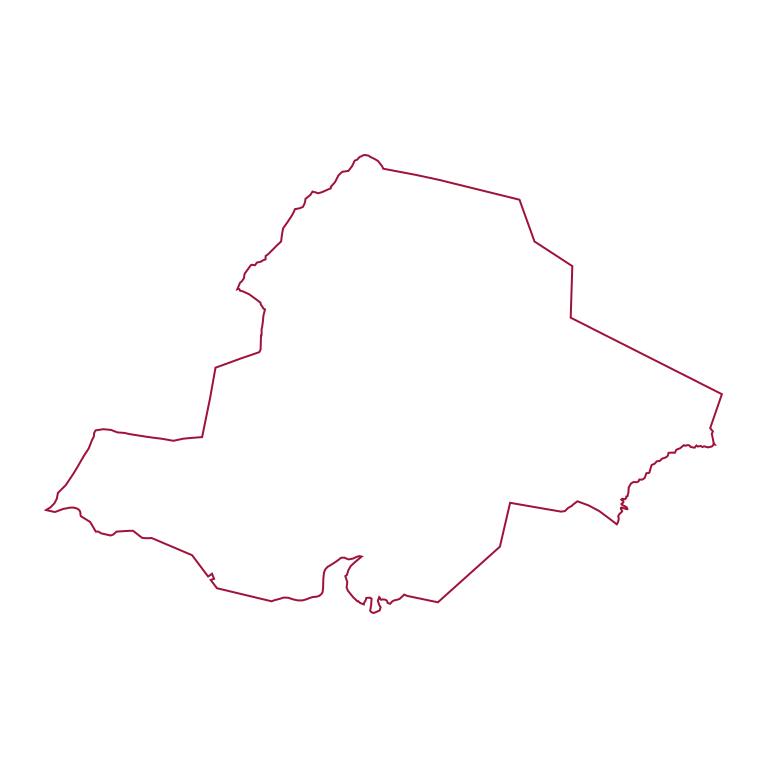 outline of Aporo, Michoacán, Mexico
{"feature_id": "50627088B9670136162302", "entity_name": "Aporo", "entity_type": "district", "adm_level": 2, "iso_a3": "MEX", "parent_name": "Mexico", "parent_adm1": "Michoacán", "projection": "mercator", "projection_center": [-100.39, 19.665], "detail": "fine", "context": "isolated", "style": "outline", "palette": "rose", "viewbox_px": 768, "rotation_deg": 0, "n_neighbors": 0, "source": "geoboundaries", "source_scale": "gbopen_adm2", "svg_char_len": 5856}
<svg xmlns="http://www.w3.org/2000/svg" viewBox="0 0 768 768"><path d="M616.8,524.3L617.7,522.7L617.9,522.4L618.6,519.9L618.6,519.4L618.7,517.9L618.2,516.4L618.9,514.7L620.0,513.5L620.7,512.8L621.5,512.2L622.0,511.5L622.2,511.1L621.6,509.9L621.1,509.2L620.9,508.9L620.9,507.9L621.0,507.8L621.1,507.7L621.4,507.5L621.7,507.6L622.9,508.0L624.7,508.5L626.4,509.1L627.1,509.2L627.3,509.2L627.3,508.5L626.9,507.8L626.8,507.6L625.3,506.4L624.7,506.2L622.9,505.3L621.9,504.7L621.4,504.0L621.5,503.9L621.9,503.6L622.6,503.1L623.0,502.8L623.4,502.2L623.4,501.6L623.4,501.4L622.8,500.8L621.8,500.1L621.5,499.8L621.3,499.6L621.6,499.3L621.7,499.1L622.9,498.8L624.1,499.2L624.5,499.1L625.2,499.1L625.7,498.6L625.9,498.5L626.0,497.7L626.4,496.5L627.1,496.5L627.4,496.2L627.6,496.0L627.7,495.1L628.3,493.2L628.4,492.0L628.8,487.2L631.1,483.4L633.1,482.3L633.7,482.0L635.7,482.2L636.8,482.2L638.6,481.3L638.7,481.1L639.3,479.5L641.8,479.7L642.3,479.5L643.4,478.9L644.6,478.0L644.7,477.9L646.2,473.8L646.4,473.2L648.8,473.0L649.0,472.8L649.4,472.5L651.4,465.7L651.6,465.1L653.0,464.4L653.3,464.3L653.4,464.2L654.0,464.0L654.5,463.8L655.4,462.9L656.4,461.7L656.5,461.7L657.0,461.2L657.9,461.2L659.4,461.0L659.6,460.9L660.4,460.4L660.5,460.3L661.0,459.6L661.3,459.3L661.4,459.2L662.2,458.6L662.6,458.5L663.3,458.3L664.2,458.0L665.3,457.6L665.9,457.3L667.0,456.6L667.7,455.8L668.1,454.8L668.3,454.0L668.3,453.8L668.4,453.1L668.6,452.9L668.8,452.8L670.7,452.7L671.7,452.6L673.3,452.7L674.8,452.8L676.2,450.1L676.5,449.7L677.0,449.5L677.9,449.0L678.0,449.0L680.1,448.3L680.5,447.9L682.1,446.6L683.4,445.5L683.8,445.2L684.0,445.2L684.2,445.3L684.5,445.4L685.1,445.8L686.1,445.6L687.3,445.1L688.2,445.1L688.6,445.2L689.1,445.4L690.5,446.5L690.6,447.0L694.6,447.7L694.9,447.3L696.4,445.5L697.8,446.5L699.1,446.3L700.9,446.0L702.4,447.0L702.9,446.8L704.1,446.3L708.0,447.4L711.4,446.6L711.8,446.5L712.5,445.8L713.2,445.2L713.5,444.3L713.5,444.2L713.7,444.3L714.7,444.5L713.7,443.1L713.6,442.6L711.8,433.7L712.9,431.5L710.2,428.1L721.2,396.2L721.9,394.2L700.7,383.5L696.1,381.1L677.6,371.8L673.3,369.6L636.7,351.1L592.4,328.7L590.9,327.9L570.7,317.7L572.3,266.1L569.8,264.5L563.4,260.3L561.5,259.1L560.7,258.6L560.5,258.4L553.1,253.6L534.5,241.5L532.8,236.9L532.4,235.6L527.6,222.3L524.1,212.7L523.8,211.8L519.5,199.7L517.8,199.3L493.5,193.3L459.5,184.9L458.2,184.6L439.6,180.0L415.9,174.9L383.2,168.7L382.1,166.2L380.6,164.3L378.1,161.1L374.7,159.0L369.8,156.6L368.7,155.7L366.2,155.2L364.8,155.0L363.1,155.3L362.1,155.9L360.9,156.5L359.7,156.9L358.2,158.5L357.3,159.6L356.4,159.9L354.6,160.8L352.1,166.1L348.4,170.9L342.3,171.8L340.4,173.4L338.4,175.5L335.1,182.0L332.7,184.7L331.0,186.6L330.8,188.3L327.5,189.7L321.9,192.2L318.0,193.3L316.0,192.5L312.5,191.6L310.3,195.0L305.5,198.8L305.3,200.6L304.4,204.0L302.9,206.9L301.4,207.5L299.9,208.2L297.3,208.7L294.9,209.2L294.8,209.4L293.9,211.7L291.9,215.5L287.8,221.7L283.2,228.2L282.8,230.0L282.0,234.4L281.1,241.5L276.4,245.9L274.9,247.5L267.9,254.4L265.6,256.0L265.6,259.3L263.3,260.2L260.8,261.7L256.9,262.6L255.0,265.2L251.5,264.8L251.3,264.8L250.8,265.3L249.0,267.7L244.8,273.5L244.4,274.7L244.0,278.1L243.6,278.7L241.9,281.2L240.6,282.3L240.0,282.9L237.3,289.3L238.0,289.1L238.7,288.9L239.3,289.1L240.1,290.7L242.5,291.2L248.9,294.1L256.2,299.4L260.5,302.7L260.7,304.0L261.1,305.1L261.8,305.8L262.8,307.5L263.4,308.6L265.0,309.4L263.4,315.7L263.0,320.6L262.1,327.3L261.6,329.0L261.6,333.6L261.5,335.3L261.0,335.3L260.6,349.6L259.7,351.3L259.3,352.1L258.9,352.3L258.3,352.5L249.0,355.7L241.0,358.4L215.5,367.7L214.7,372.1L214.6,372.8L209.9,399.0L202.1,437.1L191.5,437.9L183.1,438.7L179.1,439.6L173.3,440.8L165.0,439.3L162.1,438.8L152.5,437.6L147.0,436.8L146.8,436.8L129.6,434.1L124.3,432.9L117.4,432.4L111.0,429.9L103.2,429.2L95.6,430.4L94.1,433.1L93.9,436.4L92.0,440.1L88.7,448.5L83.8,456.0L77.4,467.1L73.7,473.2L65.8,485.1L57.9,492.9L56.8,498.8L54.4,503.3L50.4,507.4L46.1,510.0L47.1,510.3L54.8,512.0L55.8,511.7L63.3,508.9L64.0,508.8L70.1,507.6L71.3,507.6L73.7,507.6L76.6,508.4L77.8,509.0L79.4,510.2L80.4,512.3L80.4,514.4L80.9,516.2L90.2,522.0L95.8,531.6L98.4,531.6L101.3,533.4L103.6,533.9L110.6,535.5L113.3,534.5L116.1,532.0L116.6,531.6L129.5,530.8L133.0,530.8L134.4,531.8L135.0,532.3L139.3,535.7L142.2,537.9L142.6,537.9L145.7,538.2L148.9,538.2L149.9,538.1L151.6,538.0L165.2,543.8L170.0,545.8L181.5,550.7L187.1,553.1L192.1,555.2L192.3,555.5L208.1,576.5L210.1,575.2L212.0,573.7L214.1,578.8L212.3,579.4L210.7,580.0L216.2,587.2L216.9,588.2L231.5,591.7L271.6,601.3L274.5,600.2L277.6,599.4L280.2,598.7L283.0,597.7L285.2,597.6L288.5,597.8L291.9,599.0L294.9,599.8L297.9,600.4L299.6,600.4L302.6,600.4L306.1,599.4L310.5,597.7L312.9,597.0L316.6,596.7L319.3,595.8L321.4,594.1L322.6,592.1L323.1,587.7L323.3,579.3L324.0,572.6L325.2,569.5L327.4,567.0L331.6,564.5L335.5,562.0L338.6,559.8L341.0,557.8L342.9,557.7L344.6,557.7L346.9,558.8L348.7,559.4L350.0,559.2L351.6,558.8L353.0,558.6L356.6,556.9L359.4,556.1L361.6,556.6L357.4,560.1L354.9,562.2L350.7,566.1L348.5,569.9L346.8,575.1L345.3,576.1L347.3,582.1L346.6,587.4L347.8,590.6L353.2,597.3L354.5,598.5L357.4,601.3L358.1,601.1L360.2,603.0L363.8,604.4L364.0,603.2L365.9,599.7L366.0,598.8L366.4,597.9L369.9,597.7L371.6,598.7L371.1,605.3L370.4,609.3L370.2,610.7L370.5,611.3L371.1,612.0L373.1,612.9L373.7,613.0L376.9,611.7L379.7,610.4L380.6,607.3L379.1,604.7L377.8,600.8L379.2,597.1L380.1,598.0L380.1,599.0L380.8,599.6L381.1,599.8L382.4,599.4L384.8,599.6L386.1,600.1L387.0,601.0L387.7,603.0L390.1,603.8L391.1,602.7L391.9,601.7L393.6,600.6L398.0,599.5L399.6,598.9L401.4,597.2L402.2,596.5L403.2,595.6L404.2,594.6L407.2,595.9L437.9,602.3L495.5,550.6L499.9,546.7L510.1,502.8L521.0,504.7L534.7,507.1L561.0,511.6L564.9,511.1L568.0,508.1L569.8,506.9L571.3,506.2L572.0,505.7L572.7,504.9L577.4,501.3L588.6,505.4L599.3,511.1L609.6,518.8L616.8,524.3Z" fill="none" stroke="#9f1239" stroke-width="2"/></svg>